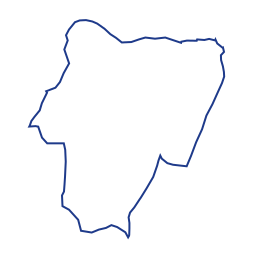 Koytendag, Chardzhou, Turkmenistan (orthographic projection), rotated 268°
{"feature_id": "10190150B64529450546528", "entity_name": "Koytendag", "entity_type": "district", "adm_level": 2, "iso_a3": "TKM", "parent_name": "Turkmenistan", "parent_adm1": "Chardzhou", "projection": "orthographic", "projection_center": [66.04, 37.77], "detail": "fine", "context": "isolated", "style": "outline", "palette": "blue", "viewbox_px": 256, "rotation_deg": 268, "n_neighbors": 0, "source": "geoboundaries", "source_scale": "gbopen_adm2", "svg_char_len": 1288}
<svg xmlns="http://www.w3.org/2000/svg" viewBox="0 0 256 256"><g transform="rotate(268 128 128)"><path d="M21.3,125.5L27.4,125.9L33.1,126.1L38.7,125.5L43.4,127.1L48.4,131.5L56.4,137.2L57.7,138.2L67.1,144.5L78.2,151.5L89.3,155.8L94.6,157.4L94.8,157.5L99.3,159.3L96.2,160.7L91.5,166.1L89.7,171.7L87.7,185.3L97.9,190.0L111.4,195.6L124.2,202.0L137.7,206.8L148.8,213.2L161.6,219.5L169.6,223.5L176.0,225.9L180.7,225.8L186.3,225.0L192.7,223.4L197.5,223.4L200.7,226.6L204.7,225.8L204.6,225.7L209.4,220.1L213.4,218.5L212.5,218.1L214.2,212.2L213.3,207.4L214.1,200.2L212.8,199.7L213.3,189.9L212.4,184.3L211.3,184.0L217.1,168.4L216.3,158.1L217.8,148.5L216.2,142.2L213.8,134.3L213.7,124.8L218.5,119.2L222.4,113.6L227.9,108.1L233.4,100.9L235.7,96.1L237.3,89.8L237.2,83.5L235.6,78.7L228.5,72.5L222.9,69.3L217.6,70.8L208.7,67.1L201.8,69.2L194.6,71.4L185.0,65.6L176.3,61.6L170.8,56.9L167.6,47.5L166.1,48.3L155.8,42.8L148.7,40.4L142.4,34.9L138.4,31.7L134.0,30.0L132.9,29.4L133.1,35.6L132.5,38.3L121.4,41.7L115.5,46.7L114.9,63.3L108.4,64.5L96.6,64.6L81.9,63.4L73.9,62.6L66.7,61.8L62.9,59.7L52.2,59.8L48.4,66.2L38.0,75.0L26.9,77.5L26.6,79.1L24.8,88.1L27.5,95.4L28.9,102.5L29.6,104.0L31.5,108.0L29.4,113.7L23.9,121.7L18.7,124.3L20.3,125.3L21.3,125.5Z" fill="none" stroke="#1e3a8a" stroke-width="2"/></g></svg>